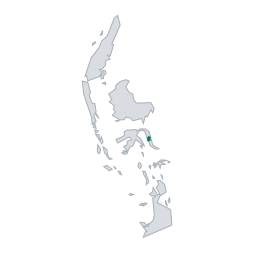 Boalemo, Gorontalo, Indonesia shown in context, rotated 65°
{"feature_id": "22746128B1718153682633", "entity_name": "Boalemo", "entity_type": "district", "adm_level": 2, "iso_a3": "IDN", "parent_name": "Indonesia", "parent_adm1": "Gorontalo", "projection": "orthographic", "projection_center": [122.441, 0.682], "detail": "fine", "context": "in_parent", "style": "filled", "palette": "teal", "viewbox_px": 256, "rotation_deg": 65, "n_neighbors": 0, "source": "geoboundaries", "source_scale": "gbopen_adm2", "svg_char_len": 4912}
<svg xmlns="http://www.w3.org/2000/svg" viewBox="0 0 256 256"><g transform="rotate(65 128 128)"><path d="M85.9,107.1L90.0,112.7L96.1,112.0L99.3,109.4L104.7,110.9L109.0,109.9L114.6,96.7L121.4,96.0L124.6,99.2L121.2,99.5L126.0,105.8L124.6,107.2L130.4,112.2L125.2,111.6L123.5,120.6L119.6,121.9L117.4,125.5L118.8,128.0L117.3,131.9L109.9,136.9L108.2,132.4L105.2,133.5L102.0,131.0L96.4,133.9L95.6,130.7L88.9,131.1L87.5,123.0L84.1,120.7L82.6,115.1L83.3,109.6L85.9,107.1ZM21.5,89.8L31.4,91.6L44.2,106.1L45.8,107.3L46.5,105.8L55.4,113.9L53.2,115.7L58.3,115.3L57.2,119.5L61.4,121.7L63.7,126.8L62.8,129.2L66.3,128.2L69.3,131.7L68.2,144.7L63.1,143.3L63.0,145.1L49.0,131.9L43.1,120.6L38.0,115.0L35.6,107.7L22.8,94.2L21.5,89.8ZM234.5,129.3L233.5,160.4L229.3,156.0L229.9,154.7L224.2,156.2L225.2,153.1L223.7,151.5L224.3,151.3L225.2,151.4L225.7,151.2L223.1,150.0L224.3,149.7L222.1,144.0L217.3,140.6L201.9,135.2L201.4,131.5L199.2,135.6L196.9,136.3L196.2,132.7L192.5,130.3L200.7,129.5L201.8,127.0L194.2,127.6L192.4,124.4L188.0,123.7L189.2,121.0L194.6,118.6L202.1,120.4L203.1,127.9L208.0,133.0L220.0,123.9L234.5,129.3ZM158.7,112.1L153.3,115.4L138.0,114.4L136.2,115.6L135.5,119.6L138.4,123.5L142.8,120.9L151.7,120.7L141.7,125.9L146.2,130.9L146.1,134.3L149.0,138.0L142.9,139.8L143.0,136.6L139.5,133.8L140.3,130.1L138.4,129.7L136.5,131.1L137.3,143.7L133.2,143.8L133.5,136.3L132.7,133.8L129.8,133.2L129.4,130.0L132.9,121.3L134.5,121.1L133.9,117.3L136.5,112.2L140.4,110.5L154.1,112.8L159.8,108.8L158.7,112.1ZM69.7,145.2L80.2,147.0L81.9,149.4L90.0,150.2L91.9,147.7L99.9,150.1L102.2,153.6L108.8,154.2L108.8,157.1L109.7,158.9L103.4,156.6L78.5,153.8L66.1,149.5L69.7,145.2ZM172.4,112.8L176.9,109.3L174.9,113.4L178.0,115.9L173.1,115.5L175.7,121.2L172.2,118.1L170.9,111.4L173.8,106.3L172.4,112.8ZM174.6,130.7L185.9,131.9L187.0,135.4L182.4,132.9L176.1,133.5L174.3,132.1L173.1,133.7L174.6,130.7ZM148.6,158.1L140.3,159.7L134.5,158.5L138.3,156.4L146.4,158.2L149.2,155.7L148.6,158.1ZM124.7,155.9L130.2,156.6L131.2,158.4L120.2,160.0L121.9,157.0L125.7,158.7L127.0,158.0L124.7,155.9ZM158.8,159.7L158.9,163.1L152.7,166.2L153.0,162.9L158.8,159.7ZM69.2,124.8L70.7,128.6L72.8,129.2L72.2,131.6L69.0,130.4L68.0,127.3L65.0,126.6L66.5,124.3L69.2,124.8ZM222.6,156.4L218.5,157.0L220.6,153.1L223.8,152.2L224.8,153.7L222.6,156.4ZM135.4,161.8L138.0,163.4L139.2,165.2L136.6,165.9L130.5,162.4L135.4,161.8ZM168.2,131.7L169.9,134.4L167.3,135.3L164.3,133.3L164.5,131.8L168.2,131.7ZM109.1,156.0L115.0,157.1L112.4,159.2L109.1,156.0ZM118.3,156.2L119.2,159.4L115.7,159.0L118.3,156.2ZM79.3,129.8L76.6,132.2L76.8,129.1L79.3,129.8ZM204.6,142.9L205.2,147.0L203.9,147.2L202.9,144.2L204.6,142.9ZM107.2,150.3L102.7,151.5L100.8,150.8L107.2,150.3ZM150.5,138.8L150.5,142.5L147.9,144.1L148.9,139.1L150.5,138.8ZM28.9,109.7L32.6,111.9L32.2,113.9L28.9,109.7ZM38.1,125.2L36.6,124.4L35.9,121.3L37.0,121.2L38.1,125.2ZM189.1,155.2L188.3,153.7L190.7,151.0L190.6,153.4L189.1,155.2ZM185.0,117.2L189.6,118.3L184.4,117.9L185.0,117.2ZM156.5,124.9L160.8,125.9L156.0,125.8L156.5,124.9ZM148.5,140.6L146.2,142.4L148.2,139.1L148.5,140.6ZM208.7,120.0L211.1,120.3L213.3,122.1L211.2,122.5L208.7,120.0ZM167.7,153.6L166.2,155.0L163.0,155.2L163.8,153.6L167.7,153.6ZM204.4,147.7L203.3,149.7L202.2,149.6L202.4,146.5L204.4,147.7ZM174.4,124.9L171.6,125.2L170.8,124.5L172.0,123.3L174.4,124.9ZM209.1,124.5L212.5,124.8L215.7,125.5L212.6,125.9L209.1,124.5ZM149.2,122.6L152.1,123.9L149.1,124.5L149.2,122.6ZM176.6,106.2L174.7,105.8L176.5,104.4L176.6,106.2ZM156.2,157.2L159.4,156.1L159.8,156.8L156.2,157.2ZM184.9,125.0L184.4,126.7L182.0,125.9L183.2,125.3L184.9,125.0ZM117.6,135.0L116.4,136.1L117.4,132.5L117.6,135.0ZM171.6,118.4L173.1,120.8L172.5,121.1L170.3,119.3L171.6,118.4Z" fill="#d9dde1" stroke="#a8b0b8" stroke-width="1"/><path d="M146.0,112.5L145.9,112.6L145.7,112.5L145.4,112.6L145.4,112.4L145.3,112.5L145.2,112.6L145.3,112.6L145.2,112.8L145.3,112.9L145.3,113.0L145.4,113.4L145.4,113.6L145.5,113.9L145.5,114.0L145.4,114.3L145.4,114.5L145.5,114.5L145.4,114.6L145.5,114.5L145.8,114.6L146.0,114.6L146.3,114.6L146.2,114.6L146.3,114.6L146.5,114.5L146.6,114.4L146.8,114.4L146.8,114.5L146.8,114.4L146.9,114.5L147.0,114.5L147.0,114.4L147.0,114.5L147.3,114.5L147.3,114.4L147.3,114.5L147.3,114.4L147.3,114.5L147.5,114.5L147.4,114.5L147.5,114.6L147.5,114.4L147.5,114.5L147.6,114.4L147.6,114.5L147.7,114.4L147.7,114.5L147.8,114.5L147.7,114.5L147.8,114.6L148.0,114.6L148.0,114.4L147.9,114.4L147.9,114.2L147.8,113.9L147.7,113.9L147.8,113.9L147.7,113.9L147.8,113.8L147.7,113.8L147.7,113.7L147.7,113.8L147.7,113.7L147.6,113.8L147.6,113.7L147.4,113.6L147.5,113.6L147.4,113.5L147.2,113.5L147.2,113.4L147.3,113.4L147.2,113.4L147.0,113.2L147.0,113.3L146.9,113.3L146.8,113.2L146.8,113.3L146.8,113.2L146.7,113.2L146.4,113.1L146.2,113.1L146.1,112.9L146.1,112.7L146.0,112.5ZM146.0,114.8L145.9,114.8L146.0,114.8L146.0,114.8ZM145.5,114.6L145.4,114.6L145.5,114.6L145.5,114.6Z" fill="#14b8a6" stroke="#0f766e" stroke-width="1.5"/></g></svg>